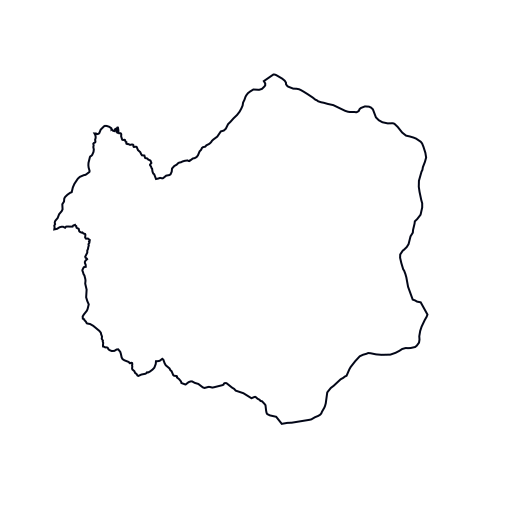 La Cruz, Nariño, Colombia (orthographic projection), rotated 346°
{"feature_id": "7082276B65589798073625", "entity_name": "La Cruz", "entity_type": "district", "adm_level": 2, "iso_a3": "COL", "parent_name": "Colombia", "parent_adm1": "Nariño", "projection": "orthographic", "projection_center": [-76.964, 1.581], "detail": "fine", "context": "isolated", "style": "outline", "palette": "ink", "viewbox_px": 512, "rotation_deg": 346, "n_neighbors": 0, "source": "geoboundaries", "source_scale": "gbopen_adm2", "svg_char_len": 6007}
<svg xmlns="http://www.w3.org/2000/svg" viewBox="0 0 512 512"><g transform="rotate(346 256 256)"><path d="M305.9,88.2L306.7,90.8L306.2,92.7L305.1,93.6L302.2,95.3L299.2,95.5L293.7,93.8L290.0,95.0L287.5,96.1L285.4,97.8L284.3,99.0L282.6,101.6L280.6,104.0L279.4,106.8L277.4,109.4L275.0,112.0L271.7,114.6L267.5,117.0L263.7,119.6L260.8,121.3L257.5,125.2L255.1,126.5L252.0,126.6L247.3,130.8L242.7,132.7L241.1,133.6L240.2,134.5L238.8,135.4L237.4,136.0L234.6,136.6L233.3,137.6L230.8,137.6L229.7,138.1L228.4,139.7L226.6,140.8L224.0,144.3L222.3,145.6L220.2,146.2L218.3,146.1L216.0,147.1L215.3,147.1L214.5,147.8L213.4,147.4L212.7,146.7L209.9,146.4L207.6,146.5L205.8,146.9L204.1,146.8L202.9,147.1L201.1,148.2L198.5,148.9L195.7,150.8L194.6,153.8L192.8,156.1L191.5,156.5L188.3,156.3L184.7,158.0L183.9,158.0L181.8,157.0L179.7,157.2L177.6,157.1L177.0,152.1L176.3,151.2L176.1,150.2L176.0,148.8L176.3,146.1L175.9,145.4L175.8,143.8L175.2,142.3L175.3,141.7L177.0,140.4L176.7,138.0L176.4,137.6L174.8,136.4L174.1,135.1L172.3,134.2L172.1,133.9L172.0,131.5L169.7,130.7L169.2,129.3L168.8,127.2L167.1,124.7L166.6,121.4L166.0,120.9L163.9,120.7L163.6,120.2L163.8,118.6L163.4,118.1L162.6,117.8L160.7,117.7L159.2,116.5L158.6,116.4L157.5,115.8L157.4,115.5L157.8,114.2L157.1,113.4L156.9,111.7L156.5,111.4L155.1,111.3L154.3,110.7L154.1,107.3L154.7,105.3L154.6,104.5L154.0,104.0L152.8,103.8L152.3,103.0L152.9,100.6L153.1,98.0L152.6,97.8L152.1,98.2L152.0,101.8L151.6,102.7L151.3,102.8L151.0,102.1L151.3,99.9L150.4,98.7L149.9,98.9L149.1,100.7L147.6,99.9L147.5,99.4L146.9,98.8L146.7,98.1L146.3,98.3L146.5,97.0L144.8,95.1L142.6,93.7L140.9,93.2L139.9,93.4L135.9,95.8L133.7,98.8L132.8,99.3L131.2,99.3L130.4,98.4L128.9,98.0L129.3,99.5L129.3,101.2L129.0,102.6L128.0,104.3L127.9,106.0L127.5,106.8L125.9,107.2L125.3,107.7L125.2,109.5L124.5,110.9L124.4,113.4L123.5,115.7L121.5,118.3L120.6,118.9L119.3,119.3L118.8,119.8L116.0,125.1L115.3,127.4L115.0,129.6L115.1,133.3L114.6,134.2L110.8,135.8L110.0,136.0L108.5,135.9L104.2,136.6L101.8,137.9L97.3,142.0L94.9,145.1L92.6,149.5L91.0,149.7L87.9,150.9L85.3,152.4L84.6,153.0L83.8,154.0L82.9,156.7L80.6,158.9L79.6,163.9L78.4,165.4L75.1,167.8L72.7,171.2L69.9,173.2L69.2,174.1L68.7,175.2L68.8,176.4L67.6,177.8L67.5,179.5L66.7,181.4L69.6,181.5L72.3,180.6L74.5,180.6L76.0,181.0L77.6,182.4L78.7,181.6L79.4,181.6L85.1,183.1L85.4,182.7L86.1,182.2L87.9,182.0L88.0,182.7L88.8,183.5L88.7,184.7L88.8,185.3L90.5,186.7L90.5,189.2L90.8,189.8L92.3,191.1L93.2,191.1L94.0,192.4L95.5,193.3L95.6,194.2L94.7,196.6L95.1,197.9L95.3,198.1L97.1,198.4L98.6,200.3L98.1,201.4L97.5,201.5L97.6,202.8L96.3,204.0L96.3,205.3L95.3,207.0L94.7,208.5L93.6,209.9L93.1,211.9L90.1,215.4L90.2,216.4L91.2,217.6L91.4,218.2L89.5,219.2L88.5,220.4L88.3,221.4L88.6,223.3L88.2,225.3L86.3,225.2L86.0,225.4L84.3,227.4L84.0,228.2L84.2,229.6L84.3,232.0L84.8,233.4L84.8,237.1L84.6,238.7L83.6,241.5L83.5,247.7L81.2,255.0L81.4,258.9L82.0,262.5L79.7,266.8L78.6,268.2L74.8,271.1L73.2,272.7L72.8,274.9L74.0,275.9L74.0,276.8L75.0,278.4L75.5,280.3L75.8,280.6L78.6,281.9L81.2,284.4L85.9,290.8L86.7,292.5L86.9,293.2L86.8,294.4L87.1,296.9L86.3,299.0L87.0,301.1L86.6,301.8L86.7,303.4L86.0,305.3L85.7,306.8L86.4,307.1L87.6,308.2L89.1,308.6L89.7,309.0L90.0,309.5L90.2,310.6L91.0,311.8L93.0,313.3L95.6,313.8L98.1,313.0L99.7,313.2L101.1,316.2L101.2,318.4L101.1,322.0L101.6,323.8L103.0,325.3L106.8,328.0L107.6,329.5L107.8,329.6L109.1,329.4L109.9,329.9L109.8,331.1L109.3,332.1L109.2,333.5L108.6,334.9L108.6,336.2L110.1,338.3L110.4,340.2L111.5,341.5L112.1,343.3L112.8,343.9L116.1,343.3L120.1,343.5L121.5,343.1L122.1,342.5L123.2,342.9L125.0,342.5L128.1,341.2L130.3,339.8L132.6,336.5L133.5,333.9L135.3,334.3L137.2,334.4L140.2,333.1L141.0,334.2L141.4,338.0L142.0,340.2L144.9,344.2L145.3,346.1L146.2,347.3L146.9,351.6L147.6,352.4L150.0,353.3L150.2,354.0L149.9,354.7L151.6,356.9L152.2,358.2L152.9,359.7L152.9,361.2L156.4,363.6L156.8,363.6L159.6,362.3L160.7,362.0L162.4,361.9L163.6,362.2L165.9,364.3L169.1,366.2L172.6,370.6L174.1,371.6L178.2,371.5L179.5,371.9L181.8,373.1L183.4,373.2L192.1,373.2L193.3,373.0L194.0,372.1L194.6,371.8L196.1,372.0L196.8,372.5L200.9,377.9L202.7,379.7L203.7,381.7L210.6,386.1L217.2,392.9L220.4,392.4L221.2,392.5L221.8,393.1L223.0,394.9L224.7,396.4L225.3,397.7L226.7,398.4L228.6,401.8L229.1,403.1L228.4,408.4L228.3,410.6L228.5,411.8L229.0,412.4L230.9,414.0L236.7,416.9L240.4,425.1L246.0,425.5L250.4,426.4L268.5,427.9L270.2,427.9L274.2,426.7L277.7,426.2L279.9,425.5L281.2,424.6L282.4,423.0L285.6,419.7L286.7,418.2L288.0,415.9L292.1,405.7L292.6,405.2L296.7,402.1L300.0,400.7L308.3,396.1L311.3,395.3L312.9,394.5L314.9,394.1L319.2,388.5L321.0,386.6L326.9,382.0L332.4,378.4L336.0,377.7L339.5,377.6L341.4,377.3L343.7,378.1L348.7,380.5L354.0,382.3L362.5,384.2L368.0,383.7L372.2,382.7L375.3,381.6L378.9,381.5L381.6,382.3L383.9,382.7L388.4,382.8L390.3,381.9L393.2,379.5L394.4,376.7L395.0,373.4L397.2,368.4L399.6,364.6L404.2,359.0L406.9,356.2L408.2,354.3L404.6,340.8L401.2,339.2L399.6,337.6L397.5,336.2L396.1,322.6L396.7,313.1L396.6,309.7L396.2,306.2L395.6,304.4L395.3,297.9L395.4,292.5L396.3,289.4L399.8,286.2L400.8,285.9L404.4,283.8L406.9,281.4L410.7,274.3L413.8,271.3L414.7,268.7L417.7,262.9L418.5,260.8L421.3,259.2L425.6,255.8L426.1,254.9L429.0,249.1L430.0,245.1L429.9,241.5L430.2,233.3L430.7,228.2L432.3,222.4L437.0,214.2L438.3,212.7L439.4,210.2L442.7,205.5L444.9,201.6L445.3,196.9L444.9,190.6L444.4,187.0L443.5,185.0L439.7,180.8L437.5,179.2L434.1,177.2L430.7,175.5L427.7,171.6L424.7,165.0L422.3,161.2L420.9,160.3L415.9,159.2L411.0,156.8L408.0,154.0L405.9,150.5L404.9,142.0L403.5,139.8L401.7,138.4L397.9,137.2L394.8,137.6L393.5,137.8L392.1,138.5L390.7,140.2L389.0,140.7L388.0,140.8L386.4,140.1L381.9,139.0L380.0,138.2L377.6,136.7L367.5,128.3L362.4,125.8L358.8,123.7L356.4,122.6L353.7,120.9L352.5,119.4L351.5,118.8L349.4,116.0L345.2,111.4L341.9,108.0L339.7,105.9L338.1,104.6L335.7,103.5L332.6,102.6L328.1,99.4L327.2,98.1L326.7,96.5L327.0,95.1L326.3,92.9L324.3,90.2L319.4,85.4L318.1,84.5L316.8,84.1L305.9,88.2Z" fill="none" stroke="#020617" stroke-width="2"/></g></svg>